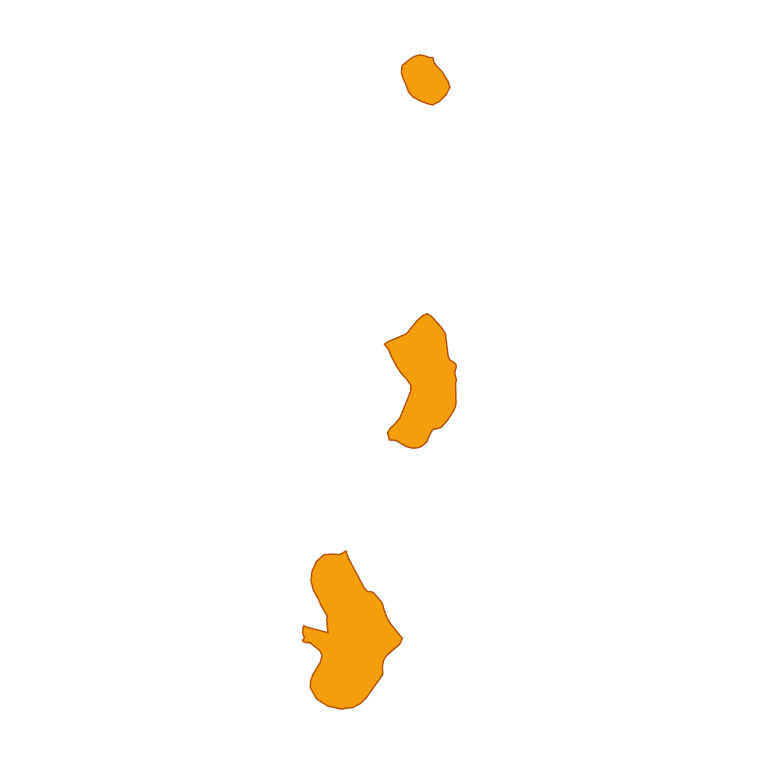 an SVG outline of Tafea, rotated 211°
{"feature_id": "VUT-562", "entity_name": "Tafea", "entity_type": "Province", "adm_level": 1, "iso_a3": "VUT", "parent_name": "Vanuatu", "parent_adm1": "", "projection": "robinson", "projection_center": [169.345, -19.436], "detail": "fine", "context": "isolated", "style": "filled", "palette": "amber", "viewbox_px": 768, "rotation_deg": 211, "n_neighbors": 0, "source": "natural_earth", "source_scale": "10m", "svg_char_len": 1689}
<svg xmlns="http://www.w3.org/2000/svg" viewBox="0 0 768 768"><g transform="rotate(211 384 384)"><path d="M350.5,197.1L347.6,206.6L341.2,211.3L334.4,214.8L330.5,221.2L324.0,215.8L295.3,198.7L291.4,197.6L287.4,199.5L284.8,199.4L274.6,196.1L271.8,194.6L268.4,191.1L260.5,184.8L255.1,181.9L237.2,175.4L236.6,169.0L241.9,152.4L242.0,147.4L240.8,143.1L238.8,139.3L236.1,135.6L235.5,132.9L237.6,106.0L239.6,98.2L243.9,90.8L253.7,83.1L266.5,79.0L279.7,79.4L290.7,85.7L294.0,91.7L295.3,99.1L295.3,112.6L297.1,119.4L301.9,122.5L315.0,124.2L314.9,123.7L316.4,122.8L318.7,122.0L320.4,121.6L321.7,122.3L321.5,125.7L324.4,127.5L326.1,129.9L327.7,133.0L328.3,135.6L324.5,135.9L304.0,142.0L311.8,152.5L312.8,156.1L314.9,156.8L325.0,162.5L328.3,165.2L338.1,170.7L345.0,177.4L349.1,185.9L350.5,197.1ZM381.6,405.3L392.1,411.5L397.1,415.5L404.0,418.3L402.0,422.9L390.5,438.7L388.3,455.1L385.8,463.2L382.7,466.7L376.5,466.0L362.7,461.6L357.3,458.8L343.9,441.5L340.6,438.7L334.1,438.3L331.6,437.2L330.5,434.9L329.5,430.7L327.2,427.8L325.0,425.8L323.9,424.6L323.1,421.6L312.2,404.3L310.9,400.4L310.5,394.9L310.9,385.3L312.7,376.2L316.3,372.2L318.8,370.1L318.8,365.3L317.5,356.7L318.8,352.3L320.3,349.0L322.6,346.5L326.1,343.9L332.6,341.9L345.1,341.7L350.5,338.8L355.7,343.8L356.0,348.9L354.1,355.1L352.9,363.3L357.3,391.3L360.2,396.7L367.0,399.8L375.0,402.1L381.6,405.3ZM513.5,647.1L520.1,652.6L525.1,655.8L529.2,659.5L532.5,666.3L529.1,675.7L526.8,680.2L523.6,683.9L520.0,685.8L512.8,687.3L510.2,689.0L507.1,685.8L503.0,683.7L494.7,681.4L484.8,676.3L480.4,672.5L479.8,663.9L482.1,654.5L486.1,648.2L490.2,646.9L498.5,645.3L507.3,645.0L513.5,647.1Z" fill="#f59e0b" stroke="#b45309" stroke-width="1.5"/></g></svg>